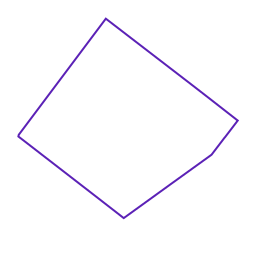 the district of Randolph, Missouri, United States of America, rotated 306°
{"feature_id": "52423323B90263846548439", "entity_name": "Randolph", "entity_type": "district", "adm_level": 2, "iso_a3": "USA", "parent_name": "United States of America", "parent_adm1": "Missouri", "projection": "natural_earth1", "projection_center": [-92.479, 39.428], "detail": "fine", "context": "isolated", "style": "outline", "palette": "violet", "viewbox_px": 256, "rotation_deg": 306, "n_neighbors": 0, "source": "geoboundaries", "source_scale": "gbopen_adm2", "svg_char_len": 350}
<svg xmlns="http://www.w3.org/2000/svg" viewBox="0 0 256 256"><g transform="rotate(306 128 128)"><path d="M200.1,165.4L200.7,144.8L203.4,45.8L58.3,43.6L56.7,44.3L54.0,134.3L53.9,137.4L52.6,177.5L104.1,194.4L107.5,195.5L155.5,211.3L176.9,211.8L177.6,211.9L198.5,212.4L199.9,171.8L200.1,165.4Z" fill="none" stroke="#5b21b6" stroke-width="2"/></g></svg>